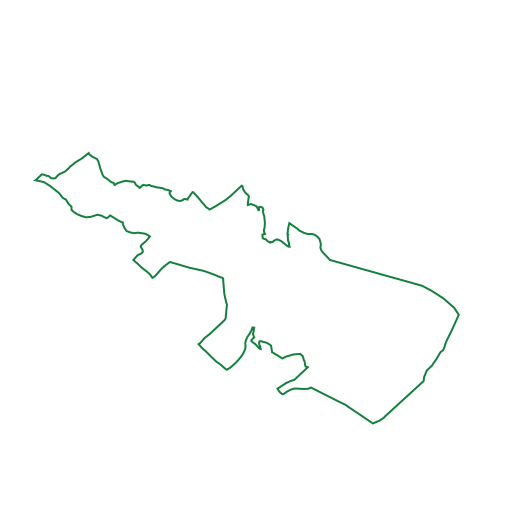 outline of Al Qahirah, Ta`izz, Yemen, rotated 137°
{"feature_id": "15242507B25601217585155", "entity_name": "Al Qahirah", "entity_type": "district", "adm_level": 2, "iso_a3": "YEM", "parent_name": "Yemen", "parent_adm1": "Ta`izz", "projection": "orthographic", "projection_center": [44.017, 13.586], "detail": "fine", "context": "isolated", "style": "outline", "palette": "green", "viewbox_px": 512, "rotation_deg": 137, "n_neighbors": 0, "source": "geoboundaries", "source_scale": "gbopen_adm2", "svg_char_len": 6090}
<svg xmlns="http://www.w3.org/2000/svg" viewBox="0 0 512 512"><g transform="rotate(137 256 256)"><path d="M365.6,461.8L360.7,454.7L359.7,451.0L358.7,447.2L358.0,442.2L357.1,435.9L357.7,430.5L356.9,427.8L356.5,426.8L356.7,426.3L356.9,425.1L357.3,423.0L357.6,421.7L357.3,418.0L359.5,415.5L359.4,414.5L359.1,411.7L358.1,408.1L356.1,403.8L355.5,402.9L354.6,401.3L353.8,400.1L352.7,399.2L352.1,398.8L350.9,397.9L349.9,397.2L349.3,396.9L343.9,394.4L341.5,390.9L341.0,389.5L340.5,387.9L339.6,385.7L338.5,385.2L336.4,385.1L335.1,385.2L334.7,384.0L333.5,379.7L332.8,376.9L332.3,375.4L331.4,373.0L330.5,371.4L331.7,370.1L332.3,368.1L332.7,367.2L333.3,365.1L333.6,362.4L331.6,358.5L329.5,355.7L326.9,354.0L326.3,353.4L321.9,348.0L321.1,345.9L320.7,345.0L320.3,342.6L326.6,341.9L327.2,341.9L328.2,342.0L332.4,342.2L333.5,341.7L334.0,341.5L334.6,338.2L335.8,336.3L337.1,336.2L337.8,336.0L342.1,337.3L348.4,336.7L347.8,330.4L347.7,328.9L347.5,324.9L347.1,322.8L347.0,321.8L346.5,319.4L346.3,317.7L346.1,315.8L346.2,314.2L346.3,313.1L346.6,311.2L346.7,310.7L345.4,310.4L343.7,310.2L343.0,310.2L342.5,310.2L336.8,310.8L332.9,311.1L331.0,311.0L330.1,311.0L326.1,310.7L323.0,310.3L322.8,309.8L319.6,304.6L318.6,302.9L316.0,298.4L313.1,293.6L312.8,293.0L312.0,291.9L309.3,287.9L305.5,282.4L304.9,281.4L304.6,281.1L304.0,280.1L301.7,275.6L301.4,275.2L299.9,272.0L299.2,270.7L297.3,266.4L295.4,262.7L295.3,262.1L295.6,261.7L297.8,259.1L303.0,252.4L305.0,249.9L306.3,247.7L306.6,247.3L309.9,241.5L310.2,240.5L310.7,240.0L315.1,236.1L317.1,234.3L318.5,233.1L320.5,231.3L322.1,230.6L324.6,230.5L341.8,230.5L349.8,231.0L354.6,230.5L356.4,230.4L357.3,230.6L358.1,230.7L358.2,226.1L358.0,222.4L357.8,221.7L357.7,220.3L357.5,213.8L357.4,211.9L357.1,206.0L355.8,200.0L355.8,199.3L355.7,198.0L355.5,195.7L355.1,192.9L353.4,192.4L352.6,192.3L352.1,192.1L350.3,191.8L349.6,191.8L346.6,191.8L343.2,191.7L337.3,192.3L335.6,192.6L331.9,193.4L328.2,194.9L326.4,196.0L325.4,197.0L324.8,197.6L323.6,199.2L323.0,199.8L321.0,201.2L317.7,202.6L313.7,203.5L310.1,204.7L307.3,206.1L306.2,204.8L307.2,204.1L308.0,203.5L308.9,202.7L310.1,201.9L311.1,201.3L312.0,199.8L312.8,197.7L314.3,197.7L316.8,197.6L317.2,197.3L317.4,196.6L317.1,194.3L316.6,192.3L316.6,185.8L316.0,184.8L314.6,187.0L314.4,188.2L313.3,189.9L312.8,190.6L311.6,191.2L310.5,190.3L309.4,188.5L308.2,186.6L307.3,185.1L306.5,182.3L306.1,180.2L309.9,174.6L309.4,173.3L308.7,170.6L308.2,169.3L306.6,163.1L302.2,161.8L300.6,160.9L295.5,158.3L294.4,157.4L290.5,154.3L290.1,151.3L290.7,149.6L291.8,147.6L292.6,145.3L294.3,143.1L295.1,141.4L294.0,139.3L302.1,139.3L312.8,139.3L313.3,139.8L316.3,141.1L320.3,142.4L320.7,142.6L325.8,143.4L330.8,144.3L331.3,141.6L331.4,139.3L330.9,136.8L329.4,136.1L325.4,135.6L321.6,134.5L318.2,132.8L315.0,129.6L312.7,127.1L308.6,123.4L305.5,122.3L295.3,94.5L293.5,89.8L292.7,87.8L292.1,86.4L291.4,82.8L289.5,74.5L289.0,72.5L284.7,53.8L277.8,51.3L273.0,50.5L270.7,50.7L218.8,50.2L215.6,52.8L209.8,55.5L209.0,55.8L202.3,55.8L200.8,56.2L193.8,57.7L193.2,57.9L186.9,59.8L183.4,59.5L182.2,60.0L180.6,60.7L175.7,63.5L162.1,68.7L147.8,74.7L146.4,83.0L147.8,96.9L151.1,110.0L154.8,120.9L204.6,202.6L204.6,208.2L204.6,214.9L203.3,218.1L200.8,220.1L199.8,221.6L198.0,225.1L198.0,229.0L198.8,231.9L200.3,234.2L202.6,236.3L203.8,237.8L205.1,240.1L207.0,245.2L207.1,247.4L208.5,253.9L209.2,257.3L213.8,254.2L217.2,251.2L217.6,250.9L218.0,250.6L218.0,249.7L218.8,249.4L221.9,245.6L223.3,242.4L223.9,242.2L225.1,239.9L225.5,240.3L226.0,240.9L226.3,242.1L226.5,243.6L226.7,244.5L227.1,247.7L227.4,249.7L228.3,252.0L229.4,253.9L230.9,254.5L232.8,254.9L234.4,255.0L235.3,255.5L235.6,256.2L236.0,256.4L236.5,256.2L236.9,257.1L237.3,258.6L237.5,259.4L237.4,260.9L237.5,261.6L237.9,262.3L238.3,262.8L238.5,263.2L238.7,263.9L238.8,264.5L238.5,265.0L236.7,267.3L234.4,266.0L233.9,267.7L233.0,269.1L231.9,270.0L230.5,270.8L229.2,272.0L228.1,273.0L227.6,273.5L226.1,275.1L224.8,276.9L222.8,279.6L222.2,280.9L221.4,282.5L220.5,284.0L219.1,284.7L218.6,285.8L218.3,286.6L218.9,288.8L220.9,289.8L221.4,288.9L222.2,287.6L222.8,287.6L223.0,287.9L222.5,289.2L222.3,289.7L221.9,292.0L221.9,292.6L224.2,297.4L227.2,298.8L225.9,300.2L221.5,303.8L221.0,304.1L220.6,304.3L220.3,305.7L220.3,306.9L220.5,307.5L220.6,309.0L220.5,310.6L220.3,311.6L220.0,313.2L219.7,313.7L219.3,314.4L218.6,315.6L218.3,316.4L218.5,317.2L224.2,317.2L229.7,317.2L233.4,317.2L235.6,317.4L236.9,317.5L239.9,317.7L241.2,317.9L247.1,319.1L249.8,319.6L252.1,320.0L252.6,320.2L253.2,320.4L255.5,320.9L258.2,321.6L259.2,326.0L259.1,326.9L258.9,329.3L258.9,332.1L258.9,332.7L258.6,335.4L258.6,336.7L258.5,337.4L258.5,338.0L258.4,345.5L258.9,346.0L262.1,345.4L263.8,345.0L265.3,344.7L266.0,344.6L267.0,344.4L267.6,344.0L268.2,344.9L268.6,345.4L269.2,346.1L269.6,346.7L271.6,346.9L272.9,347.4L273.5,347.7L274.5,348.5L276.0,350.8L276.9,353.6L277.3,356.1L277.3,358.0L276.9,358.9L276.6,360.7L275.6,361.4L275.1,361.4L274.1,361.5L275.4,364.3L276.3,365.6L277.5,367.2L277.6,368.5L277.9,369.0L278.7,370.1L280.3,372.1L281.2,373.1L281.7,374.0L282.2,374.7L283.3,376.4L283.9,377.4L284.8,378.4L285.1,379.4L285.5,380.7L286.7,381.5L288.2,382.3L288.9,383.4L289.9,384.8L291.2,385.2L292.1,384.9L292.6,385.1L293.3,384.9L294.7,385.2L294.6,386.4L294.8,387.0L295.1,389.2L295.3,390.0L294.6,392.1L294.8,393.6L295.1,394.3L295.8,394.8L297.3,396.4L297.8,397.1L298.5,398.0L299.1,398.8L299.4,399.3L300.4,400.1L302.3,401.2L303.2,401.7L304.4,402.1L305.8,402.9L306.7,403.3L309.0,404.1L310.5,404.2L311.0,404.4L310.3,406.6L311.5,408.7L312.3,414.2L313.2,417.5L313.0,419.5L311.1,423.9L310.1,426.5L308.7,428.9L308.5,429.4L306.8,432.6L306.7,433.2L306.3,434.8L306.2,435.5L308.0,440.4L308.1,441.1L308.3,442.3L308.6,444.4L308.2,445.4L314.2,445.9L316.7,446.1L319.2,446.6L325.2,447.8L327.6,447.8L330.7,448.2L332.8,447.9L338.0,448.0L343.6,449.8L344.7,450.1L345.7,450.1L347.0,450.0L348.3,449.9L348.9,449.8L349.5,449.7L350.1,450.0L352.1,451.7L352.6,452.4L352.8,453.0L353.0,455.0L353.2,455.9L353.5,456.5L353.8,456.9L354.4,457.3L354.6,457.6L355.1,458.9L355.6,460.0L357.0,461.8L365.1,461.7L365.6,461.8Z" fill="none" stroke="#15803d" stroke-width="2"/></g></svg>